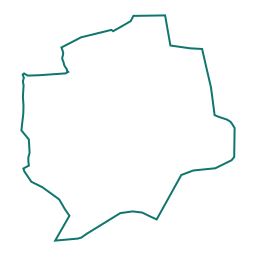 Gumel, Jigawa, Nigeria (Natural Earth projection)
{"feature_id": "59680162B20002653395444", "entity_name": "Gumel", "entity_type": "district", "adm_level": 2, "iso_a3": "NGA", "parent_name": "Nigeria", "parent_adm1": "Jigawa", "projection": "natural_earth1", "projection_center": [9.385, 12.623], "detail": "fine", "context": "isolated", "style": "outline", "palette": "teal", "viewbox_px": 256, "rotation_deg": 0, "n_neighbors": 0, "source": "geoboundaries", "source_scale": "gbopen_adm2", "svg_char_len": 1020}
<svg xmlns="http://www.w3.org/2000/svg" viewBox="0 0 256 256"><path d="M207.9,169.0L215.2,168.3L231.5,160.3L234.2,157.0L234.6,128.1L232.3,124.2L230.6,121.9L228.7,120.6L227.0,119.6L222.8,118.2L218.3,116.7L214.6,115.1L213.3,105.1L211.0,87.5L207.3,71.7L202.1,49.0L190.1,48.3L180.9,47.0L170.4,45.5L165.1,15.4L133.4,15.9L130.7,21.1L122.6,25.8L113.1,31.2L111.4,29.9L81.1,37.3L61.4,47.5L62.6,50.6L63.2,52.9L63.0,54.9L62.5,56.5L62.2,58.7L62.9,60.7L63.6,62.4L64.0,64.4L64.6,65.9L65.8,67.8L66.8,69.2L67.0,70.8L68.2,71.9L65.5,73.4L46.6,74.7L39.6,75.2L27.7,75.6L24.1,73.5L23.6,74.0L22.7,74.5L23.1,75.9L23.7,77.3L23.9,77.9L23.5,78.9L23.2,80.3L22.9,81.5L23.6,85.3L22.9,96.5L23.5,105.9L23.3,113.5L21.4,130.4L28.8,139.4L29.6,152.8L28.3,157.7L28.4,162.0L28.9,165.6L23.4,168.5L24.3,171.3L31.4,181.8L42.3,187.2L59.2,199.4L64.6,208.7L69.4,215.8L55.2,240.6L77.8,238.6L81.3,237.6L87.0,233.6L120.3,213.1L132.7,211.4L142.3,212.6L150.7,216.7L156.7,219.4L181.3,175.0L193.2,170.5L207.9,169.0Z" fill="none" stroke="#0f766e" stroke-width="2"/></svg>